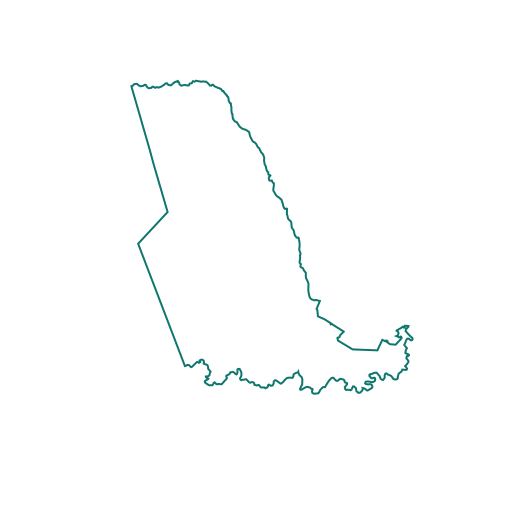 outline of North West Guadalcanl, Guadalcanal, Solomon Islands, rotated 25°
{"feature_id": "97153195B50711658929087", "entity_name": "North West Guadalcanl", "entity_type": "district", "adm_level": 2, "iso_a3": "SLB", "parent_name": "Solomon Islands", "parent_adm1": "Guadalcanal", "projection": "albers", "projection_center": [159.864, -9.408], "detail": "fine", "context": "isolated", "style": "outline", "palette": "teal", "viewbox_px": 512, "rotation_deg": 25, "n_neighbors": 0, "source": "geoboundaries", "source_scale": "gbopen_adm2", "svg_char_len": 6142}
<svg xmlns="http://www.w3.org/2000/svg" viewBox="0 0 512 512"><g transform="rotate(25 256 256)"><path d="M383.1,299.8L366.1,298.0L364.4,296.0L364.6,295.4L365.5,294.9L365.9,294.2L365.8,291.9L367.5,287.5L367.3,287.4L353.1,285.6L352.7,286.3L352.5,286.2L352.7,285.4L345.1,284.4L337.6,284.5L334.5,279.1L333.3,278.5L332.9,269.8L328.9,270.5L328.0,271.4L324.9,271.8L323.4,271.5L321.8,270.4L319.4,267.3L317.8,264.8L315.3,259.0L314.0,257.5L311.0,255.2L310.0,253.9L308.2,250.1L305.7,248.9L303.4,247.2L301.3,247.2L300.6,246.6L300.1,244.4L299.0,244.1L298.1,243.3L296.7,238.7L295.5,236.8L295.7,236.1L295.3,234.9L293.1,232.7L292.2,231.4L291.5,229.0L290.2,226.2L288.7,223.8L288.0,223.2L287.3,221.8L286.5,221.4L285.6,222.1L284.7,222.0L282.9,221.1L281.7,220.0L279.9,217.5L278.6,216.4L276.4,215.2L273.8,210.7L272.5,209.7L270.3,209.2L269.1,208.4L267.4,206.1L266.4,205.2L264.1,200.1L263.5,200.1L262.4,201.1L261.6,200.9L260.1,199.7L258.1,197.2L255.0,194.0L254.3,194.0L252.1,193.2L250.3,193.1L248.4,192.4L244.2,189.5L243.6,188.5L242.4,184.6L241.5,182.6L240.0,182.3L238.5,180.9L236.8,181.9L236.3,181.9L235.5,181.2L234.7,180.0L234.5,178.8L235.1,177.1L234.6,176.8L233.1,177.0L232.4,176.3L231.7,174.9L230.5,174.6L229.6,173.9L227.8,171.8L227.1,170.6L225.3,169.5L222.8,165.8L222.1,163.7L220.0,161.4L218.5,160.4L217.0,160.0L213.5,157.1L213.1,156.8L211.8,156.7L208.7,154.3L206.6,153.6L205.5,153.7L204.3,153.3L200.5,150.4L198.4,148.0L197.9,147.0L197.2,146.5L193.5,145.9L190.5,146.4L188.8,146.3L187.9,145.9L186.5,145.7L182.2,142.9L181.6,143.1L181.2,142.8L179.9,142.9L178.2,142.1L177.4,141.2L177.0,141.3L174.9,138.0L174.6,137.2L173.9,137.1L172.0,134.1L170.8,131.4L170.1,130.7L168.6,128.3L168.0,128.5L167.2,128.1L165.2,126.3L164.5,124.7L163.3,123.6L162.4,123.5L161.9,122.8L161.1,122.7L160.4,122.2L158.0,121.3L157.4,120.6L156.4,120.3L156.0,120.7L155.6,120.7L154.4,119.8L153.5,119.4L152.4,119.6L151.6,119.4L151.0,119.7L146.9,119.7L144.5,119.0L143.9,119.4L143.4,120.6L142.4,121.0L139.1,119.6L136.9,119.1L136.3,119.6L134.2,120.1L132.7,121.3L131.9,121.3L129.1,122.2L127.7,122.4L126.6,124.0L125.0,124.2L124.7,126.7L123.3,127.5L123.0,128.0L123.1,129.5L122.9,129.9L121.0,130.7L119.0,131.1L116.3,133.2L114.4,132.9L112.9,131.3L111.1,130.4L110.7,131.0L110.8,131.3L110.3,131.3L108.8,132.9L108.7,133.4L108.4,133.6L106.8,137.3L104.6,137.9L103.3,137.7L102.6,137.1L101.5,137.6L100.9,138.2L100.5,139.5L98.4,142.7L96.5,144.6L94.8,144.8L93.5,146.2L92.3,146.0L91.0,146.1L90.3,146.8L90.2,147.7L88.1,149.2L87.2,149.3L85.2,148.6L84.4,147.7L83.6,147.5L82.5,148.1L82.1,149.2L81.1,150.0L79.6,151.0L77.8,151.0L75.3,150.3L73.4,151.4L72.8,152.1L72.4,153.7L71.3,154.8L115.7,205.7L124.0,215.6L157.3,253.5L144.0,294.7L238.1,385.8L239.3,384.7L239.7,383.8L241.3,383.2L244.1,384.2L244.8,383.5L247.3,377.0L248.4,376.7L249.5,376.9L250.3,375.6L249.1,374.7L249.6,373.6L251.0,372.7L252.2,372.8L253.0,373.2L253.7,374.2L254.1,375.7L257.4,375.4L258.4,375.6L259.7,377.2L260.3,378.4L263.7,380.0L263.7,381.9L264.2,383.6L263.8,384.7L263.0,385.5L261.5,386.4L262.0,387.1L264.7,387.3L264.7,387.7L262.6,390.8L262.9,391.9L263.8,392.4L268.1,393.0L270.9,391.7L271.3,390.8L271.3,389.2L271.7,388.1L272.4,388.1L274.1,388.8L275.3,388.6L276.0,387.8L278.4,387.1L279.1,386.6L281.3,379.3L281.1,378.7L279.9,377.7L279.7,376.9L281.3,375.1L281.9,373.9L281.9,372.3L284.2,370.7L286.0,371.0L287.2,371.6L288.3,371.6L288.6,370.6L288.4,369.3L287.1,366.7L287.6,365.8L288.9,365.3L291.9,367.6L293.4,370.8L293.2,373.6L294.1,374.6L295.2,374.7L296.4,373.6L297.5,373.2L298.6,372.1L299.6,371.9L303.2,373.4L304.5,373.2L305.3,372.2L306.4,371.7L308.0,371.9L309.0,373.4L311.5,373.0L312.1,372.3L313.1,371.7L315.8,373.0L316.7,372.8L319.4,371.5L320.4,371.9L321.8,370.3L321.9,369.0L321.6,367.8L322.0,367.1L324.3,367.4L325.7,366.3L325.9,364.1L325.1,362.1L325.7,360.6L326.5,360.3L327.8,360.4L332.2,361.3L332.8,360.9L334.1,358.1L334.4,356.3L335.7,353.4L338.2,351.8L340.5,351.1L340.8,349.3L340.2,348.0L340.4,346.7L341.7,345.0L343.1,343.9L343.2,343.1L343.6,343.8L345.6,345.5L348.6,346.5L350.2,348.3L352.1,352.8L352.0,357.1L352.2,358.1L352.9,358.5L353.8,357.8L356.6,353.8L357.8,352.9L360.6,352.4L361.6,352.9L363.4,352.7L363.8,353.4L363.8,354.7L364.4,355.7L365.0,356.2L366.4,356.4L367.8,355.8L370.5,354.0L370.8,352.7L370.8,350.6L371.4,348.3L372.3,346.4L374.0,345.7L374.3,341.5L374.9,337.9L376.1,334.5L377.1,333.8L378.4,333.9L379.6,334.6L381.3,335.1L382.7,334.7L384.2,331.7L387.4,331.0L388.6,331.3L389.6,332.6L390.3,333.0L391.9,332.6L392.5,333.1L392.7,334.0L391.9,337.4L393.3,339.1L394.5,339.3L395.1,338.7L397.0,337.9L398.5,337.7L399.0,336.8L399.0,333.2L399.9,332.8L402.3,333.5L404.3,336.2L405.9,336.4L406.3,336.8L407.9,336.0L408.6,334.8L409.2,332.7L409.0,331.4L408.4,330.6L410.5,330.2L413.2,330.9L414.0,330.7L416.7,326.9L416.9,325.7L416.0,324.3L415.0,323.8L413.5,323.9L411.9,325.0L409.6,325.6L408.7,325.3L408.6,323.6L409.3,323.0L411.9,321.9L414.4,321.4L415.6,320.5L416.5,319.1L416.0,317.0L415.4,316.4L414.5,316.4L412.9,317.8L411.9,317.9L409.6,316.9L409.0,315.8L409.1,315.3L409.6,315.3L410.2,314.3L411.1,313.7L412.3,312.1L414.6,310.8L418.8,312.6L420.8,314.6L422.3,314.9L423.6,314.6L424.1,312.0L423.1,309.9L422.9,308.7L423.1,307.8L423.9,307.2L425.4,307.7L428.2,307.5L429.5,307.7L431.2,308.7L431.9,308.8L432.6,309.5L435.1,308.8L435.9,307.9L436.2,306.9L435.7,306.2L435.0,302.4L436.7,299.1L436.6,297.1L439.8,296.0L440.7,295.1L440.5,294.3L439.2,293.4L437.7,292.8L438.6,290.1L438.9,287.7L438.4,286.6L435.5,285.2L435.1,283.0L435.4,282.6L436.0,282.5L436.6,281.2L436.3,280.8L432.4,280.8L431.6,278.1L431.7,275.7L431.2,275.6L427.9,273.9L428.0,271.8L427.7,268.9L428.0,267.0L429.3,266.3L432.0,267.0L432.5,266.8L433.1,266.1L433.0,265.1L432.5,264.3L428.4,263.0L423.3,260.8L422.9,259.2L424.0,255.7L423.8,255.0L420.4,256.3L420.4,256.9L421.1,258.0L420.5,258.4L419.3,258.4L418.9,258.1L417.6,260.4L415.0,263.9L415.0,264.4L416.6,264.5L417.8,265.6L418.1,267.6L417.8,268.4L417.0,269.3L417.7,269.3L418.5,268.9L419.9,269.4L420.6,268.8L420.9,268.0L421.3,267.9L421.9,268.7L422.2,268.3L422.6,268.7L422.6,269.3L421.8,272.0L420.0,277.4L414.7,279.3L411.4,278.7L411.3,277.7L410.2,277.4L409.4,277.9L409.3,278.6L405.9,278.6L405.9,290.2L383.1,299.8Z" fill="none" stroke="#0f766e" stroke-width="2"/></g></svg>